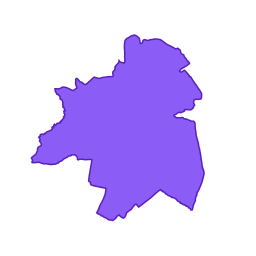 Lubefu, Kasaï-Oriental, Democratic Republic of the Congo (Mercator projection), rotated 195°
{"feature_id": "63176286B49230128630829", "entity_name": "Lubefu", "entity_type": "district", "adm_level": 2, "iso_a3": "COD", "parent_name": "Democratic Republic of the Congo", "parent_adm1": "Kasaï-Oriental", "projection": "mercator", "projection_center": [24.451, -4.689], "detail": "fine", "context": "isolated", "style": "filled", "palette": "violet", "viewbox_px": 256, "rotation_deg": 195, "n_neighbors": 0, "source": "geoboundaries", "source_scale": "gbopen_adm2", "svg_char_len": 5807}
<svg xmlns="http://www.w3.org/2000/svg" viewBox="0 0 256 256"><g transform="rotate(195 128 128)"><path d="M152.9,213.2L153.4,212.1L153.5,211.1L153.0,207.5L152.1,203.9L151.6,203.0L151.2,201.6L150.5,199.3L149.9,197.5L149.7,195.9L149.1,194.5L148.5,192.4L148.3,191.6L148.2,190.2L148.4,189.8L149.0,189.7L150.2,189.8L151.3,189.6L153.1,189.8L153.8,190.7L154.0,190.8L153.8,190.2L153.9,189.5L154.3,188.0L155.9,184.9L156.3,184.0L156.2,182.9L155.9,181.7L155.8,180.8L156.2,180.0L156.6,179.4L157.1,178.4L156.9,176.7L156.6,176.2L156.1,175.5L155.9,174.9L155.9,174.2L156.5,173.5L157.6,173.3L158.3,173.0L159.3,172.8L160.8,172.3L162.9,171.3L165.1,170.5L165.7,170.1L166.7,169.7L167.6,168.9L168.8,168.4L171.0,168.3L173.1,168.4L173.7,168.4L174.3,167.9L176.2,164.9L177.0,163.5L177.8,162.6L178.3,161.6L179.3,160.0L179.9,159.5L180.3,159.0L181.2,158.9L182.2,159.2L184.4,160.2L185.6,160.1L186.8,160.5L188.5,161.8L189.2,162.2L190.2,162.6L190.7,162.5L191.2,161.6L190.9,160.9L190.7,159.8L190.1,157.3L189.9,156.7L189.3,156.0L188.8,155.1L188.4,154.6L187.8,153.4L187.9,153.2L190.3,150.3L190.9,150.0L191.8,150.0L193.2,150.3L194.2,150.5L197.3,151.0L198.9,151.1L200.5,150.9L201.4,150.7L202.2,150.3L202.9,149.5L203.9,148.5L204.2,148.3L204.8,148.0L205.8,147.7L208.1,147.2L208.7,147.0L208.3,146.1L207.9,145.8L207.8,144.6L206.1,143.2L205.7,142.3L204.9,142.2L204.2,142.3L203.2,141.5L202.1,141.1L201.7,140.7L201.3,138.8L200.9,138.3L199.1,138.0L198.1,136.7L197.3,135.2L197.4,134.2L196.6,133.2L196.3,132.5L196.6,131.9L196.3,131.4L195.3,131.3L194.8,130.5L194.4,129.7L193.4,129.0L193.2,128.7L193.4,128.2L194.4,127.6L193.9,127.0L193.7,125.9L192.6,124.9L192.4,124.3L192.7,123.5L192.6,122.3L193.2,121.9L192.7,121.2L192.6,120.8L193.2,119.9L193.7,118.5L194.3,118.1L194.4,117.7L194.1,117.1L194.3,116.8L195.1,116.6L195.3,116.0L195.1,115.1L195.7,114.7L196.6,114.7L197.5,114.3L198.1,113.3L198.6,111.9L199.0,111.8L199.4,112.2L200.0,112.1L200.1,112.3L200.5,111.4L200.0,109.9L200.2,109.5L201.4,109.5L201.5,108.8L200.7,107.8L201.4,107.0L201.6,106.0L204.8,103.7L205.8,102.8L206.3,101.1L206.7,101.0L207.2,101.2L208.0,99.8L209.2,100.0L210.0,99.6L210.8,99.0L210.8,98.9L211.1,98.3L210.6,97.4L210.7,97.0L211.5,96.7L211.8,96.0L209.8,94.1L209.7,93.8L210.2,92.9L210.1,92.5L208.1,90.8L207.4,89.6L207.3,88.6L209.7,86.3L210.0,85.2L209.6,82.0L210.0,80.6L210.0,79.6L210.1,79.0L213.1,75.1L213.5,74.0L213.3,73.6L212.5,73.1L211.9,71.9L211.7,71.2L212.0,70.2L211.8,69.9L210.8,69.8L210.1,70.3L209.3,70.3L205.4,71.8L203.5,71.8L201.9,71.5L201.1,71.7L199.9,71.6L197.6,72.4L197.2,72.2L196.4,72.5L194.3,72.5L193.7,72.8L192.8,72.7L191.6,73.4L190.0,73.8L189.2,74.1L187.5,75.2L187.2,75.8L186.1,76.2L185.7,77.5L185.3,77.7L184.7,78.3L184.0,78.6L183.7,79.2L183.1,79.7L182.4,81.0L181.8,81.8L181.2,82.1L179.9,83.5L179.3,83.8L178.1,85.6L176.5,86.1L175.7,86.8L175.5,87.5L174.9,87.5L172.5,88.4L171.1,87.8L169.6,86.8L169.0,85.8L168.7,84.5L168.0,84.3L165.8,85.7L161.8,86.2L160.8,86.4L157.1,87.6L156.0,87.9L154.8,88.0L154.5,87.0L154.2,83.8L153.3,74.5L153.3,73.5L152.3,66.5L151.5,66.1L150.6,66.0L150.1,65.6L149.8,64.5L149.5,63.8L148.7,63.5L146.6,63.3L134.0,64.0L133.4,63.0L132.9,58.0L133.3,54.0L133.6,52.0L135.1,45.4L135.5,41.6L135.9,39.4L136.3,38.0L134.7,37.2L133.0,37.2L131.2,36.3L129.3,36.3L128.1,35.6L125.1,35.3L123.8,34.6L122.8,34.3L122.2,34.3L120.9,34.8L119.2,34.6L118.7,34.9L117.2,36.6L116.4,37.9L115.8,39.4L115.8,40.2L115.3,40.4L113.8,41.7L112.9,40.9L111.7,40.3L110.2,39.8L109.2,39.8L108.5,40.3L107.8,41.5L107.5,43.8L107.4,45.8L107.0,46.4L106.1,47.5L103.9,50.1L101.8,55.2L101.1,56.2L100.4,56.5L99.5,56.0L98.7,55.3L97.2,54.4L87.8,66.7L84.2,72.3L83.4,73.4L82.3,75.0L80.7,76.8L80.0,76.3L79.4,76.5L78.6,75.6L77.7,75.8L77.2,75.3L76.5,75.5L75.9,75.4L74.7,74.1L73.1,73.9L71.7,73.1L70.1,73.3L69.5,72.9L68.6,72.8L67.9,72.2L67.5,72.2L66.6,72.6L66.0,72.4L65.4,72.5L64.5,72.3L64.0,71.9L63.1,71.8L61.1,70.2L58.5,69.8L58.2,69.6L58.1,69.0L57.1,69.2L56.4,68.7L55.6,68.8L54.7,68.2L53.5,68.6L52.9,68.1L51.9,67.8L51.3,67.5L50.6,67.7L50.0,67.4L49.4,67.5L48.8,66.7L47.8,66.3L46.9,66.2L46.1,65.1L44.8,65.4L44.7,67.1L44.9,70.4L44.1,75.5L44.4,76.2L44.7,78.7L44.4,79.7L44.5,80.2L44.1,80.9L44.6,81.9L44.3,82.6L44.5,83.2L44.2,83.7L44.4,84.2L43.8,85.4L43.5,87.2L42.6,94.2L42.5,98.0L42.6,101.7L42.8,104.0L43.8,106.3L45.8,109.1L47.1,111.8L47.5,113.1L49.1,116.5L51.2,121.5L52.2,123.4L53.3,126.1L54.3,127.4L56.5,132.3L57.5,133.7L60.5,139.1L61.5,141.9L62.8,144.6L64.0,148.3L64.7,150.3L66.4,151.6L68.3,151.0L74.3,151.8L75.0,151.5L76.1,151.4L77.5,152.2L78.0,152.3L81.2,151.0L82.9,150.9L83.8,150.4L84.4,150.6L85.2,151.1L86.6,151.4L86.9,152.2L84.9,154.1L83.2,156.1L82.8,156.5L82.3,156.6L81.8,156.3L81.3,156.4L80.1,157.1L78.3,158.5L77.9,159.0L78.3,160.1L77.8,160.6L77.1,160.5L76.5,160.9L73.4,161.4L72.2,161.8L71.6,162.2L70.4,163.9L70.1,164.5L70.2,165.6L70.0,166.3L69.5,167.3L71.3,169.6L71.5,172.0L70.3,173.0L69.1,173.6L67.5,173.8L66.4,174.4L65.3,174.7L65.1,175.0L64.9,175.7L64.9,176.6L65.4,179.0L66.0,180.5L68.8,183.3L70.8,184.9L71.8,185.9L76.8,190.0L78.6,191.7L80.8,193.7L81.9,193.7L82.4,194.5L83.3,195.1L86.1,197.1L88.2,198.4L89.1,197.9L90.4,196.3L91.1,195.8L91.9,195.8L93.1,196.4L92.3,197.9L92.0,198.7L91.0,199.8L90.2,200.4L89.0,201.9L87.7,203.1L86.5,204.5L86.3,205.1L85.4,205.9L85.3,206.5L87.0,207.9L88.5,208.5L90.3,210.4L91.0,210.5L92.1,211.5L93.0,212.9L93.7,213.2L95.8,213.5L96.3,214.1L97.7,216.7L100.0,217.7L100.7,217.9L101.8,217.1L102.6,216.7L105.1,217.5L112.2,218.9L117.2,220.9L118.3,221.4L119.8,221.7L120.9,221.7L122.4,221.4L123.5,221.3L125.3,220.9L127.0,220.0L128.1,219.5L129.3,219.1L130.9,218.0L132.0,217.6L134.7,217.7L135.3,217.5L136.0,216.7L136.2,215.4L136.2,214.0L137.1,213.0L137.8,212.8L138.3,213.3L138.8,214.4L139.6,216.1L140.3,217.5L141.0,218.0L143.4,219.1L144.7,219.4L146.0,219.4L147.1,218.8L147.8,218.3L148.5,218.0L151.6,214.7L152.3,214.1L152.9,213.2Z" fill="#8b5cf6" stroke="#5b21b6" stroke-width="1.5"/></g></svg>